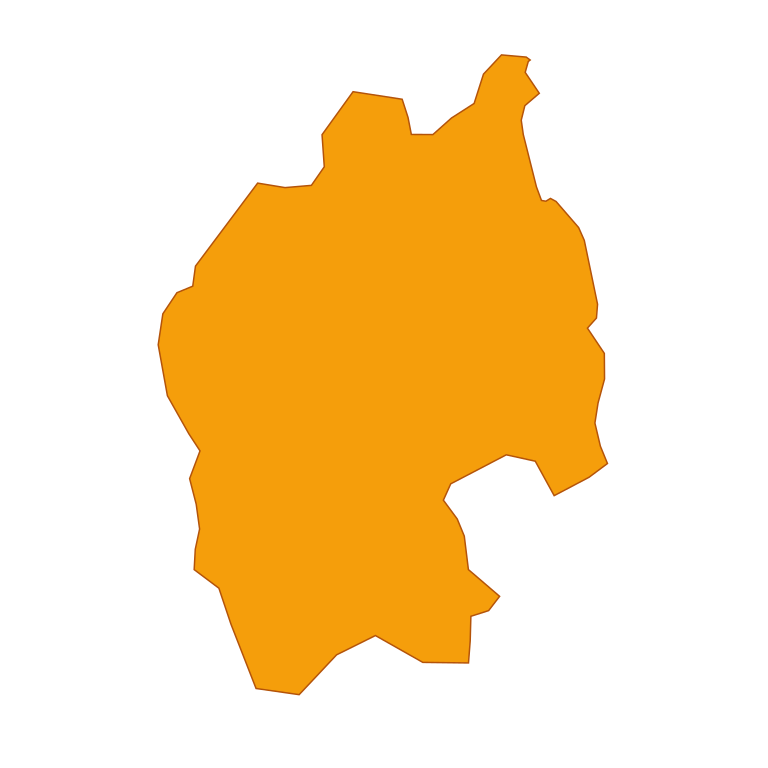 outline of Leova, rotated 166°
{"feature_id": "MDA-1641", "entity_name": "Leova", "entity_type": "District", "adm_level": 1, "iso_a3": "MDA", "parent_name": "Moldova", "parent_adm1": "", "projection": "orthographic", "projection_center": [28.371, 46.556], "detail": "fine", "context": "isolated", "style": "filled", "palette": "amber", "viewbox_px": 768, "rotation_deg": 166, "n_neighbors": 0, "source": "natural_earth", "source_scale": "10m", "svg_char_len": 1046}
<svg xmlns="http://www.w3.org/2000/svg" viewBox="0 0 768 768"><g transform="rotate(166 384 384)"><path d="M177.6,523.8L172.9,519.5L157.3,488.7L154.9,474.9L157.5,409.7L161.9,396.6L173.1,389.0L162.8,360.4L168.8,335.5L180.9,313.8L188.8,295.1L189.1,271.3L186.4,252.8L207.6,243.9L245.9,234.5L255.9,272.5L282.5,285.7L343.4,271.0L354.5,256.9L345.6,235.3L342.9,217.0L347.0,183.5L323.2,150.0L337.3,138.8L355.9,137.6L362.5,113.9L369.5,92.9L413.7,104.5L453.2,142.0L495.5,132.7L541.5,103.1L581.8,119.5L590.6,188.1L593.6,225.8L613.1,249.8L607.1,269.3L598.0,287.9L595.3,312.8L595.5,339.2L578.7,363.6L585.4,382.9L597.0,425.0L593.6,476.7L581.6,505.6L562.8,522.7L545.9,525.2L538.4,544.0L458.0,609.5L432.5,598.5L406.4,594.3L389.4,609.2L383.8,640.9L343.3,675.1L297.5,655.9L296.2,636.8L297.1,619.5L276.2,614.2L254.1,625.8L228.7,634.4L212.5,660.6L190.4,674.9L166.9,666.8L163.8,663.0L166.0,662.0L171.6,652.2L163.0,628.5L180.0,620.0L187.0,606.8L188.5,592.4L188.4,538.4L186.8,524.0L182.7,522.2L177.6,523.8Z" fill="#f59e0b" stroke="#b45309" stroke-width="1.5"/></g></svg>